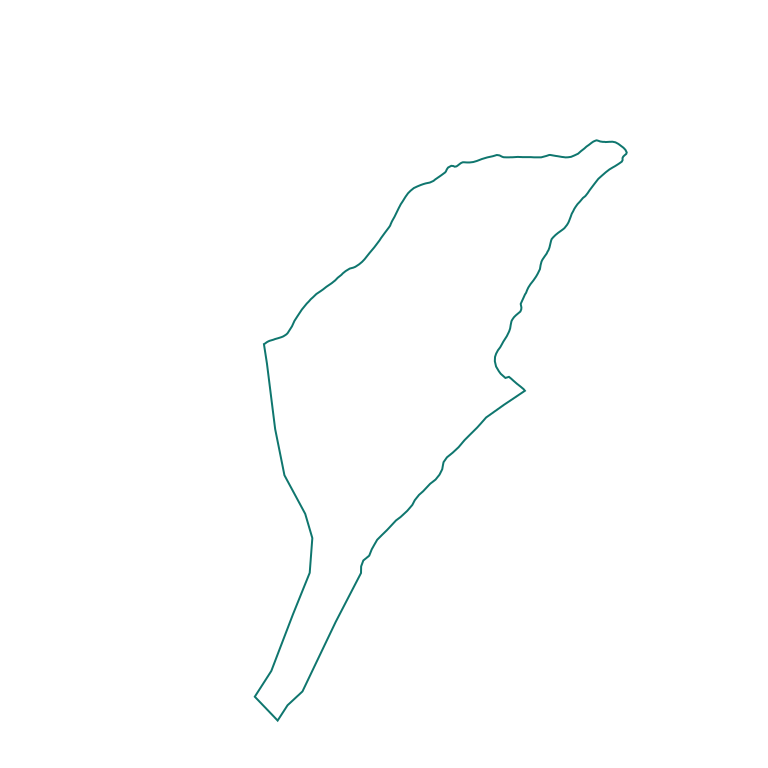 New Village, Micoud, Saint Lucia (orthographic projection), rotated 307°
{"feature_id": "8701671B10053189367937", "entity_name": "New Village", "entity_type": "district", "adm_level": 2, "iso_a3": "LCA", "parent_name": "Saint Lucia", "parent_adm1": "Micoud", "projection": "orthographic", "projection_center": [-60.897, 13.825], "detail": "fine", "context": "isolated", "style": "outline", "palette": "teal", "viewbox_px": 768, "rotation_deg": 307, "n_neighbors": 0, "source": "geoboundaries", "source_scale": "gbopen_adm2", "svg_char_len": 3508}
<svg xmlns="http://www.w3.org/2000/svg" viewBox="0 0 768 768"><g transform="rotate(307 384 384)"><path d="M463.4,500.6L463.9,498.7L464.1,495.0L464.2,490.1L464.3,488.5L464.4,487.2L464.5,485.6L464.8,482.4L464.9,479.5L463.0,478.1L461.9,477.3L462.4,471.1L463.3,468.1L464.2,465.9L465.4,463.0L468.9,458.8L472.4,456.4L475.7,455.3L479.5,454.7L483.3,454.7L487.0,454.2L489.6,453.8L496.1,453.3L501.3,452.3L504.3,451.3L507.5,449.6L510.9,448.0L512.7,447.7L515.5,447.6L518.3,448.0L521.8,448.8L523.9,449.3L526.2,448.7L527.8,447.7L529.4,445.9L530.2,445.0L532.3,444.5L536.0,443.7L540.4,442.7L542.3,442.6L545.0,441.8L547.9,441.2L551.9,440.9L556.7,441.0L561.3,440.8L564.5,440.4L567.1,439.9L569.6,439.4L573.2,437.5L576.6,436.1L578.7,435.7L582.7,435.5L586.2,435.4L588.4,434.9L589.5,434.9L592.6,434.0L596.0,432.5L599.0,431.2L600.6,430.7L602.7,430.8L606.2,431.3L609.5,432.1L611.4,432.7L615.0,433.8L617.0,434.3L621.3,434.4L623.9,434.1L625.2,433.8L629.4,432.6L632.9,431.5L635.8,431.1L638.3,430.6L640.8,430.4L644.1,430.3L647.7,430.7L652.2,430.9L655.2,431.7L659.1,431.8L662.3,431.6L670.4,431.6L676.8,431.7L681.4,432.6L686.6,433.7L691.0,434.9L694.5,436.3L697.0,437.4L699.4,438.3L701.0,438.9L704.7,440.1L706.4,439.8L708.0,438.5L709.6,438.2L711.5,438.5L713.5,439.0L715.0,438.5L716.3,435.9L716.8,433.0L716.8,426.7L716.3,423.4L715.0,420.7L713.1,418.3L710.6,415.4L710.1,414.4L709.1,413.1L707.8,410.7L707.3,409.0L706.6,407.2L705.7,406.5L703.6,405.3L701.5,404.6L698.5,403.8L695.4,402.8L692.7,402.3L688.6,401.2L684.7,400.4L681.1,398.5L678.0,396.7L675.8,394.5L674.3,392.7L673.0,390.4L672.5,389.6L670.5,385.7L669.6,384.1L666.9,378.8L666.3,378.1L663.8,376.4L659.6,373.1L655.5,367.7L653.4,364.5L648.5,358.0L645.8,354.1L642.7,350.5L639.0,345.8L637.0,342.9L636.5,341.2L636.1,338.7L634.8,336.3L631.5,333.9L627.1,330.1L622.6,326.8L618.1,324.0L615.0,321.7L612.4,319.0L610.9,317.0L609.2,314.4L608.5,313.5L607.2,312.7L606.2,312.3L602.5,311.3L601.4,310.9L600.1,309.7L599.8,308.2L598.7,306.4L595.4,304.9L593.2,305.0L591.1,305.5L589.8,305.5L585.1,304.1L578.2,301.8L576.0,301.3L572.5,299.4L569.2,296.5L567.3,295.1L565.2,293.7L562.0,291.8L558.4,289.9L554.3,288.9L550.8,288.4L546.7,288.5L544.3,288.7L541.1,289.0L537.6,289.2L535.4,289.6L534.0,289.8L523.7,291.8L521.3,292.1L518.5,292.5L515.5,293.2L514.2,293.6L512.1,293.7L505.1,293.7L498.7,293.8L496.0,294.0L487.4,294.0L479.8,293.6L471.9,293.4L468.4,293.0L464.6,292.1L460.4,290.6L458.5,289.5L455.6,287.2L451.1,285.4L447.5,284.5L445.6,284.3L441.0,283.1L437.6,282.7L433.2,281.6L432.0,281.2L427.0,279.5L422.8,278.4L420.0,277.5L415.1,275.8L410.6,275.1L407.6,274.5L404.7,274.3L401.7,273.9L394.1,273.6L386.0,274.1L380.5,274.5L374.7,275.8L369.5,276.2L368.2,276.3L367.3,276.4L366.2,276.4L364.6,276.1L363.2,275.6L361.4,274.9L359.7,273.9L356.9,271.9L354.4,270.0L352.8,269.0L351.2,267.8L349.6,266.6L348.1,265.8L346.7,265.2L345.3,264.8L344.4,264.5L343.6,264.1L329.9,278.2L282.5,324.2L257.9,351.9L251.2,359.4L232.9,399.2L217.8,419.5L205.8,427.2L188.5,438.3L145.3,449.9L108.8,460.4L87.0,466.7L56.5,469.0L52.2,495.6L51.2,501.6L69.4,500.3L89.4,503.9L164.9,488.6L219.2,479.4L224.6,475.5L230.6,473.7L238.0,475.5L244.6,473.7L249.8,473.0L255.5,472.3L262.0,473.2L269.1,474.3L275.6,475.0L282.3,475.7L287.8,477.3L296.7,478.9L304.5,479.4L309.7,478.5L316.6,478.7L321.9,479.8L332.1,480.9L338.7,482.7L345.0,482.9L351.0,481.8L353.9,480.3L357.4,478.6L363.3,478.4L370.5,480.2L378.4,481.6L387.6,482.1L394.8,483.1L405.1,484.6L410.6,485.1L418.7,485.7L439.5,492.3L441.5,493.0L463.4,500.6Z" fill="none" stroke="#0f766e" stroke-width="2"/></g></svg>